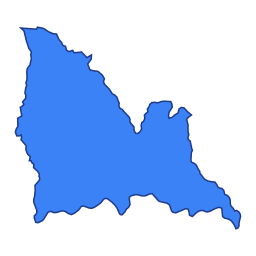 the district of Amaral Ferrador, Rio Grande do Sul, Brazil
{"feature_id": "56859067B12892972643779", "entity_name": "Amaral Ferrador", "entity_type": "district", "adm_level": 2, "iso_a3": "BRA", "parent_name": "Brazil", "parent_adm1": "Rio Grande do Sul", "projection": "orthographic", "projection_center": [-52.29, -30.792], "detail": "fine", "context": "isolated", "style": "filled", "palette": "blue", "viewbox_px": 256, "rotation_deg": 0, "n_neighbors": 0, "source": "geoboundaries", "source_scale": "gbopen_adm2", "svg_char_len": 3341}
<svg xmlns="http://www.w3.org/2000/svg" viewBox="0 0 256 256"><path d="M91.5,54.9L86.9,57.6L84.8,55.4L81.4,51.9L78.9,52.4L74.1,52.7L72.7,50.4L70.9,50.9L68.9,51.6L66.5,50.2L65.5,46.3L62.7,45.4L61.5,42.3L59.0,39.6L56.5,34.0L53.2,33.7L48.2,31.6L44.8,29.1L42.9,28.2L37.5,27.2L36.3,29.2L20.8,28.0L24.0,30.9L26.5,41.2L28.9,48.4L31.4,52.0L30.7,54.6L31.4,58.5L30.7,61.6L29.9,65.0L27.3,68.5L26.8,71.6L27.0,76.7L26.9,79.9L25.9,82.9L26.7,85.6L25.8,87.5L24.9,93.0L25.9,95.6L25.7,98.2L22.6,101.9L23.8,104.3L22.4,106.0L20.3,107.3L20.9,111.2L21.8,115.9L17.7,118.3L17.9,126.3L16.3,128.9L15.4,132.1L16.8,135.9L19.3,135.9L21.2,135.0L21.5,137.8L21.0,139.8L22.6,141.5L26.1,145.7L25.9,149.4L26.7,152.1L27.6,154.1L30.3,156.8L29.3,160.7L31.1,160.8L32.0,162.9L33.8,164.2L33.6,167.7L37.4,171.1L39.4,174.2L38.9,176.2L39.7,178.0L39.4,180.2L35.0,185.3L35.2,190.2L34.6,196.4L33.7,199.6L33.9,202.7L34.7,204.7L35.7,207.5L36.7,210.1L36.9,212.4L35.8,214.5L34.3,215.8L34.4,218.4L35.8,222.4L38.0,222.7L42.2,220.8L43.7,219.2L48.1,212.2L50.5,211.3L54.2,212.7L57.4,212.3L59.6,211.5L61.4,211.0L63.6,211.0L65.8,211.8L68.1,213.4L71.3,214.6L74.3,213.3L78.5,210.1L80.1,208.1L81.2,206.4L83.5,205.9L86.3,207.0L88.9,208.0L91.7,208.3L94.5,207.2L96.1,206.2L98.2,204.8L100.8,202.8L103.4,199.6L104.9,198.4L107.3,198.7L111.7,201.9L114.8,205.0L117.1,208.1L119.1,212.8L120.2,214.6L122.1,214.8L124.9,211.9L126.3,209.3L128.7,207.2L130.0,204.5L129.7,201.8L129.3,199.4L129.5,197.1L131.2,195.7L133.0,195.3L135.8,194.6L138.7,195.0L141.8,195.9L145.5,195.8L149.6,194.0L152.2,193.7L155.0,196.9L157.8,200.1L159.3,201.4L162.1,202.0L164.1,202.5L167.0,203.2L169.5,204.9L171.6,211.1L173.2,212.4L175.9,212.8L181.7,210.4L185.4,208.7L188.1,209.1L189.1,212.5L189.6,215.3L192.4,216.5L196.8,212.3L199.9,210.7L203.1,210.5L206.0,211.9L208.7,211.7L211.0,210.8L213.7,209.2L218.7,207.3L221.7,208.1L222.6,216.5L224.6,218.1L227.9,218.9L229.6,219.7L231.4,220.9L234.0,224.4L236.0,228.8L238.0,227.9L239.0,226.0L239.0,223.2L239.6,220.3L240.6,216.3L240.0,213.7L238.6,211.7L236.4,210.4L234.7,211.1L233.2,208.3L231.0,206.0L230.3,203.9L230.3,201.2L229.9,198.8L228.7,196.7L227.2,195.3L224.7,194.5L223.8,190.5L221.9,188.4L219.8,188.2L217.7,186.8L216.7,184.5L215.0,182.1L210.8,181.6L208.0,181.0L205.5,179.8L203.3,177.8L202.0,175.8L200.0,173.5L199.7,171.4L198.3,169.3L197.1,166.9L196.1,164.8L193.9,163.2L191.5,162.1L190.9,160.2L191.2,155.7L191.4,152.5L192.4,150.4L191.6,148.0L190.9,144.4L190.2,141.1L188.3,139.4L187.9,137.4L188.8,134.7L188.0,131.2L188.0,128.1L188.0,124.7L187.3,122.0L186.7,119.2L188.4,117.2L191.5,115.0L187.5,111.7L184.0,107.8L181.2,107.5L179.0,109.0L178.0,113.0L174.4,115.2L172.2,117.4L169.1,118.2L168.5,115.4L169.1,112.2L172.3,107.1L171.8,103.9L170.8,101.6L164.6,101.2L161.4,101.5L159.4,102.3L157.0,102.9L155.2,102.3L151.8,102.6L149.8,104.5L149.1,106.6L147.3,109.3L148.0,111.7L145.9,113.5L144.4,115.0L144.8,118.4L143.6,121.3L141.8,122.5L141.1,125.5L141.6,128.8L140.4,131.3L138.0,133.4L135.9,133.4L134.1,130.7L133.9,126.8L132.1,124.7L130.0,122.2L130.0,119.1L129.0,116.9L127.0,114.8L124.3,112.0L122.3,109.5L119.8,108.2L118.8,105.3L119.3,103.3L118.1,100.7L116.9,97.2L114.7,95.0L112.2,93.8L110.9,91.6L109.0,88.8L106.7,86.5L104.4,84.1L103.5,81.7L104.4,78.7L103.1,76.4L101.6,74.4L99.6,72.9L98.0,71.4L95.1,71.0L92.9,70.7L89.8,69.6L87.7,64.0L91.2,59.2L91.5,54.9Z" fill="#3b82f6" stroke="#1e3a8a" stroke-width="1.5"/></svg>